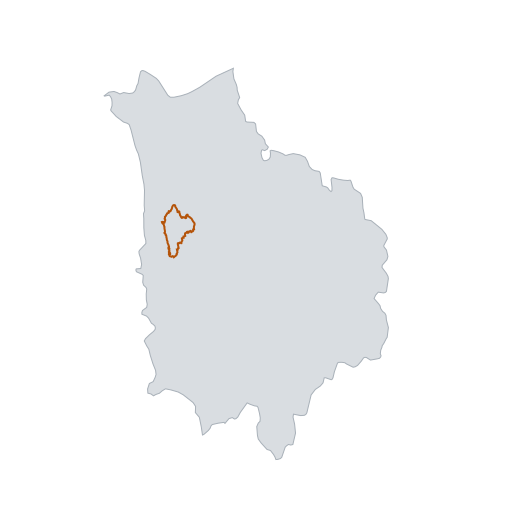 Luninets, Brest, Belarus shown in context, rotated 79°
{"feature_id": "67162791B41216407156673", "entity_name": "Luninets", "entity_type": "district", "adm_level": 2, "iso_a3": "BLR", "parent_name": "Belarus", "parent_adm1": "Brest", "projection": "robinson", "projection_center": [26.952, 52.407], "detail": "fine", "context": "in_parent", "style": "outline", "palette": "amber", "viewbox_px": 512, "rotation_deg": 79, "n_neighbors": 0, "source": "geoboundaries", "source_scale": "gbopen_adm2", "svg_char_len": 8929}
<svg xmlns="http://www.w3.org/2000/svg" viewBox="0 0 512 512"><g transform="rotate(79 256 256)"><path d="M421.5,342.7L413.3,342.3L403.5,342.4L398.1,345.4L392.1,344.0L387.9,345.7L378.4,353.9L374.7,358.3L371.2,365.1L369.1,370.2L370.4,373.7L372.3,377.0L372.8,380.6L373.7,383.3L371.4,385.4L370.0,388.3L365.9,387.8L360.8,385.0L359.7,380.9L355.8,378.1L353.2,376.7L349.0,376.4L342.3,377.7L333.6,378.7L327.0,379.0L323.4,380.4L318.1,381.9L316.0,380.2L313.0,375.6L310.5,371.0L308.8,369.0L307.3,368.5L305.5,368.6L303.5,370.0L302.0,371.5L296.5,373.3L294.1,374.9L291.4,379.1L289.6,378.8L287.8,377.8L285.6,373.1L282.7,372.0L278.1,372.0L272.3,371.0L267.7,369.6L266.0,369.9L263.2,371.9L260.2,372.2L253.6,370.4L252.3,371.2L248.6,376.4L246.8,376.6L245.8,376.0L246.3,371.5L242.5,369.9L236.1,369.7L231.6,370.3L229.3,370.1L228.2,369.3L222.7,361.7L219.7,361.2L214.5,361.6L206.8,360.7L197.9,359.0L193.0,358.4L190.4,356.7L185.0,356.1L170.2,352.9L164.2,352.3L155.4,352.3L141.9,351.6L133.3,352.0L129.2,353.0L124.6,353.7L108.6,354.6L102.8,355.4L101.2,357.0L99.2,360.5L92.5,366.5L86.0,370.5L84.9,370.8L81.1,368.7L78.0,368.0L74.4,367.7L71.8,368.4L70.1,369.4L70.2,374.1L69.8,374.5L67.1,369.0L67.4,364.0L69.1,361.1L71.0,358.6L70.3,354.7L72.3,349.6L72.5,346.0L71.7,344.4L70.2,342.6L66.1,340.5L64.2,338.9L58.7,336.8L53.1,334.2L52.2,332.5L52.5,331.4L53.5,329.7L57.9,324.8L62.6,320.0L65.6,318.1L81.4,311.9L83.8,309.8L84.5,306.2L84.4,298.8L83.6,292.1L82.4,287.5L79.6,278.9L71.9,260.9L67.4,242.4L70.5,243.5L77.9,243.9L83.9,242.6L86.9,242.4L89.6,242.8L97.4,241.8L99.3,243.5L102.7,244.9L109.6,242.8L115.6,240.2L121.9,240.5L122.8,239.2L124.4,232.6L126.3,231.2L133.8,231.8L136.5,230.6L139.5,227.4L143.9,225.4L147.6,225.4L151.4,223.1L153.3,224.6L154.2,227.4L152.9,229.5L153.4,230.4L156.1,231.5L160.6,231.4L163.5,230.5L164.2,229.3L164.2,227.0L163.5,224.9L161.6,223.1L158.0,222.2L155.5,222.1L155.1,221.0L156.0,218.5L158.2,214.0L161.0,209.9L162.7,208.3L163.0,206.9L162.7,204.4L162.6,199.9L165.1,193.6L168.5,188.9L172.9,187.4L178.3,186.6L181.8,184.4L183.5,181.9L185.0,177.9L186.7,177.1L199.7,177.6L201.7,173.7L202.8,172.6L205.3,171.5L207.1,170.1L206.4,169.0L203.1,168.3L195.3,167.7L193.7,166.4L194.2,164.8L196.3,160.8L198.3,155.5L199.4,151.5L199.5,149.1L200.6,148.5L206.9,147.7L209.1,146.9L214.5,141.4L218.7,140.5L229.4,141.9L234.3,141.8L240.6,142.2L241.1,141.6L243.3,136.2L253.8,127.4L259.5,124.4L263.0,123.7L264.3,123.9L270.0,128.5L271.3,128.7L275.1,126.8L281.6,126.6L284.7,128.2L289.1,133.8L291.3,134.5L297.7,131.4L301.2,130.3L303.5,130.4L315.6,134.7L316.5,136.1L316.6,137.8L314.8,142.9L317.3,146.1L320.3,148.2L326.4,144.7L328.6,143.7L331.1,143.7L334.4,142.4L336.8,140.4L339.1,139.7L343.5,140.2L351.5,139.7L360.9,142.8L361.7,143.7L366.4,147.4L368.1,149.2L369.6,149.8L372.2,151.5L375.5,152.6L377.8,152.3L378.9,152.9L380.0,154.3L380.1,156.7L380.0,163.5L376.7,167.0L376.3,168.3L376.5,169.8L379.3,172.7L382.8,177.2L383.7,179.9L383.7,181.9L379.2,187.8L377.7,189.2L376.7,192.1L376.2,195.1L376.6,196.4L384.5,201.1L390.3,203.7L391.7,205.0L391.8,205.8L388.8,210.9L388.6,212.3L393.3,214.4L395.9,217.7L398.3,223.2L402.9,228.4L419.6,236.0L421.1,237.4L421.6,239.0L421.2,242.6L418.4,249.4L421.2,250.4L428.5,250.2L437.4,251.0L448.1,255.8L448.2,258.0L447.2,260.0L448.0,262.0L449.2,263.8L458.6,269.2L459.5,270.8L459.8,273.4L459.6,275.3L457.1,275.7L454.3,276.6L449.7,278.9L448.0,282.1L440.6,286.6L436.1,288.7L432.4,288.8L423.6,287.8L420.4,285.6L419.1,283.6L415.7,282.7L411.2,282.6L405.0,282.9L403.7,283.6L402.8,286.1L400.3,290.3L398.5,292.7L406.5,301.2L410.6,304.6L411.9,306.8L411.9,308.3L410.1,310.1L410.5,313.6L414.4,318.4L413.2,319.1L412.9,324.9L413.1,331.1L414.2,332.6L416.3,333.9L418.2,336.1L421.2,341.3L421.5,342.7Z" fill="#d9dde1" stroke="#a8b0b8" stroke-width="1"/><path d="M229.2,326.8L228.5,326.6L227.9,326.4L227.7,326.2L227.1,325.7L226.9,325.4L226.5,325.3L226.1,325.3L225.0,325.5L224.5,325.4L224.4,324.9L224.2,324.5L224.3,323.9L224.3,323.6L223.8,323.6L223.3,323.6L223.0,323.5L223.0,323.1L223.0,322.9L223.0,322.6L223.0,322.3L222.9,321.9L222.8,321.6L222.6,321.6L222.0,321.6L221.6,321.6L221.2,321.6L220.9,321.5L220.3,321.3L220.1,321.1L220.1,320.8L220.0,320.3L219.9,319.8L219.7,319.6L219.5,319.4L219.2,319.3L219.1,319.0L219.1,318.8L219.5,318.8L220.0,318.6L220.3,318.4L220.1,318.1L220.1,317.8L220.0,317.5L219.7,317.3L219.3,317.0L219.1,316.8L219.2,316.5L219.2,316.2L219.0,315.9L218.8,315.6L218.9,315.3L219.1,315.2L219.5,315.2L220.1,315.1L220.3,315.0L220.3,314.8L220.0,314.5L219.8,314.1L219.6,313.8L219.5,313.5L219.6,313.2L219.3,312.8L219.0,312.7L218.7,312.7L218.3,312.7L218.0,312.7L217.8,312.6L217.7,312.3L217.8,311.7L217.4,311.7L217.1,311.7L216.6,311.6L216.1,311.5L215.6,311.4L215.0,311.2L214.7,311.0L214.3,310.8L214.0,310.6L213.6,310.3L213.3,310.3L212.9,310.3L212.7,310.3L212.4,310.1L212.2,310.1L211.7,310.3L211.1,310.6L210.7,310.8L210.2,311.1L209.7,311.3L208.9,311.5L208.3,311.8L207.9,311.9L207.2,312.1L206.8,312.3L206.5,312.6L206.3,312.8L206.1,313.1L205.7,313.4L205.3,313.5L205.1,313.7L204.9,314.0L204.6,314.3L204.4,314.7L204.3,314.8L204.2,315.0L203.7,315.2L203.3,315.2L202.8,315.2L202.4,315.3L202.3,315.5L202.3,315.8L202.6,316.0L202.7,316.5L202.9,316.8L203.2,316.8L203.5,316.8L203.8,317.0L203.9,317.4L204.1,317.4L204.4,317.3L204.8,317.2L205.0,317.2L205.3,317.3L205.4,317.7L205.4,318.0L205.1,318.3L204.8,318.4L204.4,318.5L204.4,318.9L204.5,319.2L204.5,319.4L204.3,319.7L204.2,319.8L203.9,320.1L203.8,320.5L203.8,320.9L204.0,321.2L204.3,321.3L204.5,321.4L204.5,321.5L204.4,321.6L204.2,321.8L203.7,322.0L203.2,322.2L202.8,322.3L202.6,322.3L202.1,322.4L201.9,322.5L201.7,322.7L201.3,322.8L200.9,322.8L200.3,322.7L199.9,322.8L199.7,322.8L199.4,322.9L199.0,322.9L198.6,322.9L198.4,322.9L198.0,322.8L197.7,322.9L197.5,323.1L197.4,323.3L197.5,323.7L197.6,323.9L197.7,324.1L197.8,324.2L198.0,324.4L197.9,324.6L197.5,324.6L197.0,324.5L196.6,324.5L196.3,324.7L195.9,324.7L195.5,324.6L195.1,324.7L194.6,324.8L194.2,325.0L193.6,325.2L193.0,325.5L192.5,325.7L192.0,325.9L191.7,325.8L191.5,325.7L191.2,325.7L190.8,325.9L190.6,326.0L190.4,326.6L190.3,326.8L190.4,327.1L190.4,327.5L190.6,327.7L190.8,328.0L191.2,328.4L191.5,328.6L191.7,328.8L192.2,329.0L192.6,329.2L192.9,329.3L193.4,329.6L193.7,329.7L193.9,329.9L194.1,330.1L194.3,330.4L194.8,330.7L195.2,331.0L195.5,331.2L195.7,331.4L195.8,331.6L195.8,332.0L195.8,332.5L195.6,332.7L195.3,332.9L195.3,333.1L195.6,333.3L195.9,333.4L196.2,333.3L196.4,333.2L196.6,333.2L196.9,333.3L197.0,333.5L197.1,334.8L197.1,335.0L197.3,335.2L197.6,335.3L197.8,335.4L198.0,335.5L198.2,335.8L198.2,336.0L198.4,336.2L198.7,336.4L199.1,336.6L199.3,336.7L199.4,336.8L199.6,337.1L199.8,337.4L200.0,337.7L200.1,337.9L200.6,338.0L201.0,338.0L201.3,338.1L201.6,338.3L201.7,338.5L201.9,338.6L202.2,338.6L202.4,338.5L202.7,338.3L203.0,338.2L203.3,338.2L203.6,338.3L203.9,338.4L204.2,338.6L204.5,338.8L205.0,339.0L205.3,339.2L205.5,339.3L205.8,339.5L205.7,339.8L205.5,340.0L205.4,340.1L205.2,340.2L205.1,340.4L204.9,340.6L204.7,341.0L204.7,341.5L204.7,341.9L204.9,341.9L205.3,341.8L205.7,341.7L206.2,341.5L206.6,341.2L206.9,340.9L207.2,340.7L207.6,340.6L208.1,340.5L208.4,340.5L209.0,340.5L209.4,340.4L209.8,340.3L210.2,340.3L210.6,340.5L210.9,340.5L211.4,340.6L211.9,340.6L212.4,340.6L212.9,340.6L213.6,340.6L214.5,340.7L215.2,340.8L215.5,341.0L215.7,341.3L215.8,341.5L216.0,341.5L216.2,341.4L216.4,341.2L216.6,341.1L216.8,340.9L217.0,340.8L217.2,340.6L217.5,340.5L217.8,340.5L218.1,340.7L218.3,340.6L218.5,340.3L218.9,340.2L219.2,340.3L219.6,340.3L219.9,340.3L220.2,340.3L220.5,340.4L220.8,340.4L221.0,340.3L221.5,340.3L221.9,340.3L222.3,340.4L222.6,340.4L223.0,340.4L223.5,340.4L223.9,340.3L224.2,340.2L224.6,340.1L225.0,340.1L225.5,340.2L225.8,340.3L226.2,340.3L226.4,340.3L226.8,340.2L227.3,340.1L227.6,340.0L227.9,339.9L228.3,339.8L228.7,339.8L228.9,339.8L229.3,339.7L229.6,339.7L229.8,339.6L230.1,339.6L230.5,339.6L230.7,339.8L230.7,340.0L230.8,340.2L231.1,340.2L231.4,340.3L231.5,340.5L231.9,340.5L232.0,340.3L231.9,340.1L231.9,339.9L232.0,339.7L232.4,339.6L232.6,339.7L232.7,339.9L232.8,340.3L233.2,340.4L233.5,340.2L233.9,340.0L234.2,340.0L234.4,340.0L234.6,340.2L234.8,340.4L235.0,340.6L235.3,340.8L235.6,340.8L235.9,340.8L235.9,340.5L235.9,340.4L235.9,340.2L236.0,340.0L236.2,339.9L236.4,339.9L236.6,340.0L236.8,340.0L237.1,340.0L237.2,339.8L237.5,339.8L237.8,339.9L237.8,340.1L237.7,340.4L237.5,340.6L237.4,340.8L237.4,341.1L237.5,341.2L237.8,341.2L238.0,341.2L238.4,340.9L238.6,340.9L238.9,340.8L239.2,340.8L239.4,340.7L239.7,340.7L240.1,339.8L240.6,339.2L240.7,338.8L240.2,338.1L240.5,337.4L241.0,336.9L241.5,336.8L241.3,336.4L240.9,336.1L240.7,335.0L240.2,334.6L239.8,334.0L239.5,333.5L239.1,333.5L238.6,333.5L238.2,333.0L237.4,332.4L237.0,332.4L235.6,332.4L234.7,332.4L234.9,331.9L234.9,331.6L234.3,331.4L233.9,331.3L233.5,331.1L233.5,330.5L232.8,330.4L231.1,330.5L229.3,330.5L228.6,330.3L228.5,329.9L228.8,329.6L228.9,329.1L228.6,328.7L228.3,328.3L228.4,328.0L228.7,327.5L229.2,327.0L229.2,326.8Z" fill="none" stroke="#b45309" stroke-width="2"/></g></svg>